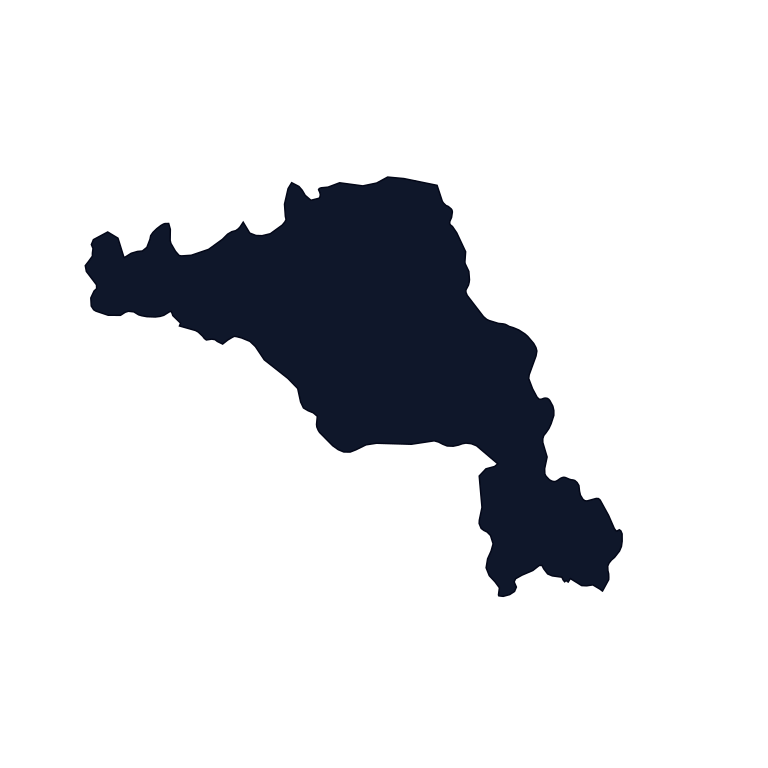 SVG path tracing the border of El Paraíso, rotated 49°
{"feature_id": "HND-662", "entity_name": "El Paraíso", "entity_type": "Department", "adm_level": 1, "iso_a3": "HND", "parent_name": "Honduras", "parent_adm1": "", "projection": "orthographic", "projection_center": [-86.385, 13.965], "detail": "fine", "context": "isolated", "style": "filled", "palette": "ink", "viewbox_px": 768, "rotation_deg": 49, "n_neighbors": 0, "source": "natural_earth", "source_scale": "10m", "svg_char_len": 3701}
<svg xmlns="http://www.w3.org/2000/svg" viewBox="0 0 768 768"><g transform="rotate(49 384 384)"><path d="M683.6,355.0L680.5,355.6L672.6,358.2L669.3,363.4L665.8,367.1L653.1,371.0L654.3,374.9L653.2,375.3L652.2,375.3L651.7,375.7L651.8,377.4L649.6,377.4L646.5,376.5L639.2,382.9L634.7,385.1L628.2,384.7L624.5,383.8L622.8,385.9L622.4,394.0L618.8,405.2L617.3,412.4L618.7,415.6L624.1,417.3L626.2,421.6L625.4,427.3L622.5,433.3L620.0,435.6L619.2,436.3L619.0,436.2L618.3,436.0L613.5,430.6L606.1,430.0L597.7,430.3L589.7,427.5L583.9,420.5L580.4,412.9L576.2,406.5L568.2,403.0L563.3,403.3L560.0,404.7L556.7,405.4L551.7,403.7L549.3,401.4L541.4,391.0L515.9,372.5L514.9,362.7L518.8,354.7L518.9,350.5L491.3,354.7L486.3,357.3L482.3,361.0L480.4,364.2L479.0,367.8L476.4,372.5L472.2,377.0L467.9,379.2L463.6,380.9L459.8,383.4L447.4,402.9L423.8,428.5L418.1,437.5L415.2,448.5L413.2,454.1L409.0,458.9L403.6,461.6L397.0,463.2L378.3,464.4L375.8,464.0L372.4,462.9L370.2,461.4L364.6,455.5L359.3,456.3L354.4,458.8L349.2,460.5L342.8,458.7L330.8,452.1L316.6,452.9L287.2,458.5L271.4,456.5L263.9,457.2L255.7,461.3L251.5,464.2L249.8,465.7L249.2,468.0L248.3,473.1L248.0,479.6L247.7,479.7L242.5,481.9L239.7,482.4L237.1,484.6L234.2,489.2L231.8,489.7L229.0,489.5L222.9,490.1L219.9,491.2L206.0,500.3L204.6,497.6L193.8,498.5L192.0,497.7L189.6,497.0L188.8,498.3L187.7,505.1L186.1,508.6L183.4,512.6L177.6,518.8L173.6,522.0L170.8,523.8L165.4,525.5L161.4,529.2L160.1,532.2L159.3,537.8L151.1,547.1L140.0,553.6L137.5,554.4L133.1,553.8L126.7,548.8L123.6,541.8L123.5,538.3L120.5,535.9L103.8,534.8L98.7,531.8L97.8,527.2L96.2,520.2L93.9,518.2L90.8,514.7L86.8,513.4L84.4,508.6L88.0,492.8L99.4,489.1L116.7,496.7L118.3,497.0L118.5,495.4L119.5,489.0L122.2,483.1L125.1,479.1L125.3,473.3L121.2,465.6L119.0,462.8L118.0,458.9L117.7,453.7L118.0,448.4L118.6,445.5L119.2,444.1L121.6,441.2L127.1,443.8L135.2,451.1L138.1,452.6L147.0,454.3L152.6,454.3L154.4,452.9L160.4,445.0L167.3,428.1L168.8,411.0L168.3,403.7L169.2,398.9L171.0,395.3L171.3,392.1L171.0,389.4L169.5,384.1L182.0,386.3L187.9,383.2L192.1,378.7L196.0,371.2L197.3,356.5L196.6,352.4L195.6,350.0L192.8,348.5L183.0,341.1L173.6,328.2L171.5,321.6L179.1,318.6L184.1,318.6L189.9,319.7L197.4,318.6L201.2,311.1L200.8,309.7L199.4,307.9L197.4,306.8L194.4,305.9L194.0,304.6L194.7,302.7L198.7,297.1L203.0,285.5L220.6,270.0L227.5,257.7L230.2,245.5L242.0,234.2L268.9,213.6L284.3,220.1L286.4,220.4L290.0,220.1L291.1,219.5L292.2,219.0L296.0,218.4L297.4,218.6L299.0,219.5L302.6,223.7L304.4,227.5L305.7,229.0L307.4,229.5L310.0,229.0L317.6,229.9L337.7,235.6L345.0,242.9L346.4,243.8L354.7,246.1L361.4,251.1L363.1,253.0L364.8,255.4L366.8,260.5L368.5,262.0L371.8,263.1L398.4,264.7L402.6,264.1L405.1,263.0L413.3,257.9L416.7,254.7L418.4,253.4L420.5,252.5L422.6,251.8L426.4,249.4L431.7,246.8L438.6,244.8L442.3,244.3L451.6,244.4L456.2,245.4L459.4,247.0L462.6,250.9L472.3,268.4L474.8,271.2L485.1,275.0L494.2,277.1L497.2,276.9L498.6,275.5L499.8,272.4L500.8,271.1L502.1,270.1L503.6,269.7L505.2,269.7L511.5,271.1L515.4,273.2L519.1,276.4L523.6,283.9L525.8,288.8L527.1,293.8L527.7,297.2L529.5,300.1L532.3,302.5L546.1,308.8L553.3,318.3L557.4,321.6L559.9,322.2L564.8,322.0L567.4,321.0L569.3,319.6L570.2,318.1L570.6,316.4L571.0,312.6L571.6,310.8L572.4,309.4L573.7,308.4L577.4,306.6L579.0,305.6L580.4,304.3L582.0,303.3L585.0,302.9L588.5,303.5L593.2,306.8L596.8,308.7L601.5,309.5L603.8,309.0L605.4,307.6L609.6,298.9L611.2,297.3L613.4,297.0L630.5,300.7L644.2,305.0L646.7,305.2L647.8,304.8L648.4,302.0L650.2,301.6L653.3,302.6L658.9,307.4L662.4,311.4L664.6,315.9L666.1,323.7L666.1,328.0L666.8,331.7L668.2,334.6L671.7,337.4L674.7,339.0L677.4,341.2L679.1,342.8L683.6,354.9L683.6,355.0Z" fill="#0f172a" stroke="#020617" stroke-width="1.5"/></g></svg>